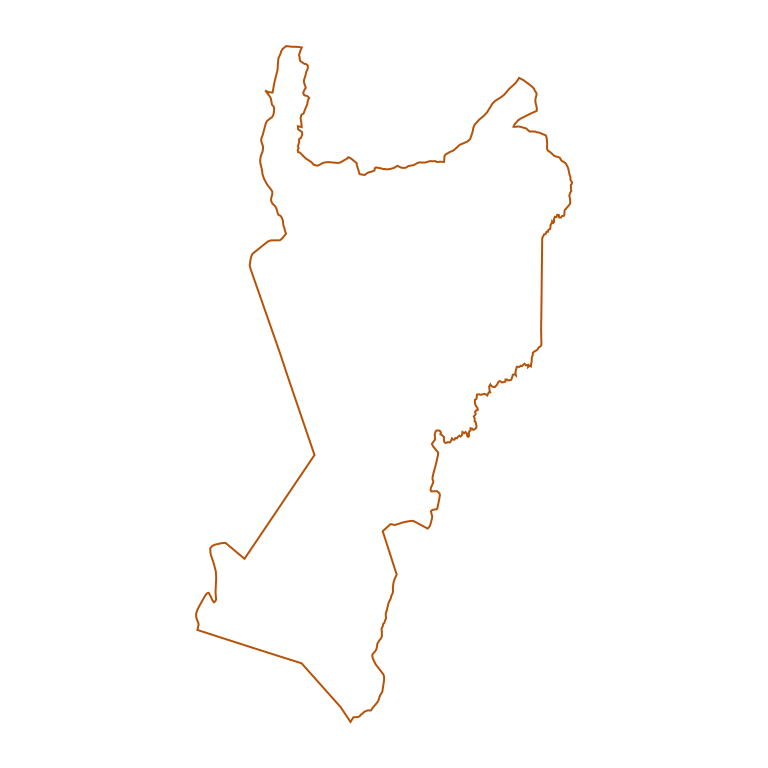 outline of Sotik, Rift Valley, Kenya
{"feature_id": "3690345B96591011097593", "entity_name": "Sotik", "entity_type": "district", "adm_level": 2, "iso_a3": "KEN", "parent_name": "Kenya", "parent_adm1": "Rift Valley", "projection": "equal_earth", "projection_center": [35.146, -0.766], "detail": "fine", "context": "isolated", "style": "outline", "palette": "amber", "viewbox_px": 768, "rotation_deg": 0, "n_neighbors": 0, "source": "geoboundaries", "source_scale": "gbopen_adm2", "svg_char_len": 6075}
<svg xmlns="http://www.w3.org/2000/svg" viewBox="0 0 768 768"><path d="M570.2,203.2L570.1,199.4L569.3,195.6L570.4,192.3L571.3,191.2L570.9,188.8L570.9,184.9L571.8,183.8L572.0,182.1L571.1,181.1L570.4,179.3L570.4,177.0L569.7,175.3L568.3,168.8L567.7,167.1L565.9,163.6L563.4,161.7L561.6,160.8L559.7,157.7L558.6,157.2L554.4,156.0L550.7,152.5L548.1,150.7L547.2,149.5L547.0,147.3L547.2,144.0L546.9,140.5L546.6,137.6L545.8,135.4L539.2,132.6L536.5,132.2L535.5,131.6L531.8,131.4L530.4,131.6L529.1,131.2L526.3,128.5L520.7,126.9L518.8,126.5L517.1,126.5L515.6,126.9L513.5,126.7L514.5,124.4L518.1,120.3L520.4,118.7L530.8,113.5L536.8,110.8L536.8,108.5L536.3,105.6L535.6,103.0L535.3,101.0L535.5,98.9L536.6,94.4L536.2,92.6L534.9,90.9L534.0,88.7L531.7,86.3L523.7,80.3L519.1,77.9L518.1,79.6L515.4,83.2L509.1,89.0L504.3,94.6L500.7,97.4L495.3,100.8L492.5,103.5L486.9,112.6L483.9,115.7L479.0,119.8L474.4,125.1L473.4,127.6L472.5,132.2L470.2,139.0L468.4,140.8L467.1,141.7L459.8,144.8L454.3,149.8L452.7,150.8L449.9,152.0L445.5,154.5L444.5,156.1L444.1,161.9L439.7,161.7L438.3,162.0L436.5,161.9L435.1,161.0L433.8,161.3L430.0,161.1L425.4,162.5L424.0,162.6L419.3,162.4L417.6,162.9L413.8,165.1L408.5,166.0L406.1,167.5L404.9,167.9L402.6,167.9L400.8,167.5L397.5,165.8L393.8,168.0L390.0,169.0L388.1,169.3L386.2,169.3L384.7,169.0L383.2,169.1L381.6,168.5L376.0,167.4L374.8,168.3L374.5,170.5L371.4,171.7L368.9,172.3L366.4,173.6L364.9,174.9L363.2,174.8L359.7,174.1L359.0,172.6L358.6,170.6L356.8,165.3L356.7,163.2L350.9,158.4L348.3,157.2L347.0,158.7L343.6,160.5L342.4,161.4L339.4,162.8L336.8,162.9L328.8,162.1L326.9,162.2L323.1,162.8L318.7,165.3L316.9,165.6L313.5,164.6L311.4,162.1L305.8,158.5L299.8,152.5L298.0,152.1L297.7,150.0L298.6,148.3L297.9,146.1L299.3,141.9L299.0,140.2L299.3,138.8L300.8,138.2L302.3,134.3L301.9,131.9L298.1,129.3L297.9,126.2L301.7,127.1L301.3,122.4L300.6,118.2L301.4,114.7L303.5,113.6L306.2,106.5L307.1,104.8L307.9,100.2L309.2,98.1L307.9,96.5L306.4,95.7L305.1,95.6L303.9,94.8L303.2,92.7L304.5,89.8L305.8,87.8L304.4,83.8L303.8,81.3L304.3,79.0L305.3,76.1L306.4,71.5L307.5,69.4L307.9,67.2L307.6,65.2L306.0,64.1L304.4,63.8L300.3,61.1L299.7,59.2L299.6,57.0L299.0,55.2L300.3,51.0L301.8,47.5L298.1,46.9L291.6,46.7L286.1,46.1L282.5,49.1L281.4,51.0L280.1,54.7L278.5,58.0L278.0,62.5L277.5,70.1L274.4,82.4L272.6,92.5L268.5,92.2L265.3,90.5L269.9,96.7L270.8,98.4L272.0,104.7L273.4,106.3L274.1,107.7L274.1,110.0L273.8,112.8L273.2,115.2L272.2,117.0L267.9,120.2L266.7,121.5L265.8,123.3L262.6,135.3L261.6,137.6L261.1,140.0L261.6,142.4L263.0,146.3L263.0,148.7L262.5,152.0L261.3,154.6L260.6,156.9L260.1,161.0L260.5,163.8L262.1,170.6L262.5,174.3L264.0,178.7L267.0,184.3L271.2,189.8L272.3,191.6L272.3,194.0L271.2,198.2L271.1,200.5L271.8,202.5L272.7,203.9L275.0,206.1L275.8,207.4L276.7,209.3L277.8,213.4L278.5,214.9L280.2,215.6L281.5,217.1L282.8,220.3L283.5,225.8L284.4,228.0L284.6,229.7L286.0,233.7L282.7,237.9L279.9,240.3L270.9,240.4L267.8,241.5L253.1,253.3L252.1,254.4L251.3,256.5L250.4,260.4L249.7,265.3L250.5,268.8L279.7,352.3L287.9,377.0L314.5,455.0L244.5,558.8L225.5,542.9L221.9,543.1L214.9,544.7L213.3,545.4L211.4,546.8L210.2,548.4L210.5,553.2L210.9,554.9L213.9,564.0L215.8,571.4L216.2,578.1L215.5,592.2L216.1,599.5L215.2,601.3L213.9,602.3L212.2,599.9L211.2,597.4L208.7,592.8L207.0,593.3L205.0,596.0L199.3,606.0L197.3,610.0L196.3,613.2L196.0,615.2L196.3,617.3L196.8,619.2L198.3,622.9L198.6,624.6L197.4,630.0L260.5,650.3L301.6,663.3L340.6,707.1L350.5,721.9L353.4,717.3L358.1,717.0L359.7,716.1L360.9,714.7L362.6,713.5L364.3,711.8L367.6,710.4L370.8,710.5L373.1,707.3L377.0,702.8L378.4,700.6L380.0,695.5L382.3,691.9L384.1,680.0L384.1,676.7L383.3,674.3L375.8,664.5L374.0,661.1L372.8,658.2L372.2,655.8L372.7,654.0L375.2,651.3L376.1,649.8L376.7,648.2L377.4,643.7L379.0,640.9L381.2,638.0L381.9,636.3L381.8,630.8L381.5,629.2L382.1,627.4L382.9,625.9L383.2,623.9L384.2,623.2L385.2,620.1L386.1,618.4L385.7,613.8L386.9,609.9L388.6,602.9L389.3,601.1L390.2,599.7L390.9,597.8L391.3,595.9L392.4,593.8L393.0,591.9L392.9,587.1L393.5,582.7L394.5,579.3L396.7,574.6L382.7,531.2L390.6,524.1L394.9,525.0L404.1,522.1L411.5,520.8L413.5,521.0L427.7,528.6L428.6,527.6L429.6,526.4L430.3,524.8L432.0,518.4L432.2,516.4L430.9,511.3L432.2,510.1L434.9,509.4L436.2,509.4L437.3,508.6L439.5,497.7L439.9,495.1L439.4,493.2L437.0,491.2L431.4,491.4L430.5,490.2L431.0,487.6L432.9,483.3L433.4,481.3L432.6,479.5L432.5,477.7L433.4,473.4L435.9,464.3L437.9,455.5L438.2,452.7L433.0,446.3L431.9,443.9L435.1,439.5L434.7,434.7L435.6,431.5L436.5,430.5L439.5,430.5L440.9,432.3L440.4,434.3L441.9,435.0L444.1,437.3L443.9,440.0L444.6,442.5L446.2,443.0L447.8,442.1L449.9,442.5L451.2,440.5L451.9,438.4L453.3,439.7L454.5,439.7L455.4,438.0L456.9,438.3L457.9,436.9L459.4,435.7L460.7,436.5L462.1,434.7L462.5,432.0L464.3,433.2L465.5,432.0L467.0,433.5L467.1,435.7L468.0,436.9L469.1,436.0L468.8,433.9L469.3,431.3L470.5,430.4L470.5,428.3L472.1,428.6L473.3,429.9L475.2,428.9L476.4,427.5L476.4,425.4L475.9,423.6L475.7,422.1L474.6,421.3L474.7,418.7L473.8,416.4L474.9,415.3L475.7,413.7L475.0,411.9L476.0,410.5L477.8,409.9L477.5,408.2L475.4,405.0L474.9,402.3L474.9,399.9L476.5,398.7L476.8,396.7L476.9,394.6L479.1,394.3L480.8,394.8L484.2,393.9L485.8,394.3L487.2,395.5L488.7,392.5L490.2,392.3L489.6,390.9L489.2,386.3L490.4,384.4L491.3,386.0L493.0,386.9L494.8,387.0L497.0,384.7L498.5,381.7L500.0,381.1L502.2,382.5L505.4,381.6L505.5,379.5L506.8,379.4L507.9,380.4L509.2,380.4L511.1,379.9L512.1,377.5L512.8,374.7L514.7,374.3L515.9,375.4L515.4,372.2L516.8,366.8L519.4,366.9L520.8,365.7L521.9,366.1L524.4,363.8L526.0,365.4L528.2,364.9L528.1,367.0L529.6,365.7L530.9,366.4L531.1,364.0L531.6,362.1L531.8,357.6L532.8,354.8L532.8,352.7L534.6,351.4L537.1,350.0L538.8,347.4L540.4,346.4L541.4,345.0L541.1,329.1L541.4,309.5L542.2,238.2L544.1,234.4L545.5,234.1L546.6,231.7L547.9,231.8L548.4,229.8L550.2,229.0L550.7,224.5L551.8,223.1L552.1,221.4L553.2,223.0L554.1,221.9L553.9,219.3L554.9,216.8L556.5,217.1L557.3,214.8L558.8,215.0L559.2,217.5L560.8,217.6L562.2,216.0L563.9,215.8L564.5,214.0L564.4,211.6L564.9,209.9L569.4,204.8L570.2,203.2Z" fill="none" stroke="#b45309" stroke-width="2"/></svg>